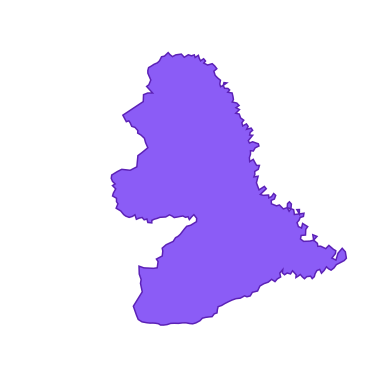 the district of Condor, Rio Grande do Sul, Brazil, rotated 242°
{"feature_id": "56859067B96691975921638", "entity_name": "Condor", "entity_type": "district", "adm_level": 2, "iso_a3": "BRA", "parent_name": "Brazil", "parent_adm1": "Rio Grande do Sul", "projection": "mercator", "projection_center": [-53.503, -28.156], "detail": "fine", "context": "isolated", "style": "filled", "palette": "violet", "viewbox_px": 384, "rotation_deg": 242, "n_neighbors": 0, "source": "geoboundaries", "source_scale": "gbopen_adm2", "svg_char_len": 3913}
<svg xmlns="http://www.w3.org/2000/svg" viewBox="0 0 384 384"><g transform="rotate(242 192 192)"><path d="M60.1,285.4L60.0,294.2L61.0,297.2L67.2,299.3L71.8,298.2L69.4,292.2L64.3,287.1L68.0,284.5L70.3,289.7L72.7,291.4L74.9,290.0L80.6,287.8L79.2,283.5L83.7,280.2L85.0,277.6L87.8,278.6L92.4,276.8L93.3,273.0L96.0,267.4L99.6,265.7L102.4,268.0L100.7,272.0L105.6,274.9L107.1,277.9L112.3,274.9L108.8,271.8L111.5,269.7L115.7,270.4L116.9,273.4L118.7,275.5L118.1,278.9L120.7,280.9L122.2,276.5L124.1,271.8L126.2,272.6L128.7,273.4L130.8,271.5L129.4,268.7L133.5,268.7L134.2,264.7L139.5,263.1L140.1,260.1L144.3,256.6L147.4,258.0L147.1,261.4L149.7,264.3L152.3,263.4L150.6,260.1L150.7,257.1L153.4,258.2L155.6,253.3L157.8,251.2L160.0,259.1L163.0,258.5L162.4,252.2L169.9,253.2L174.9,257.8L176.3,253.8L178.1,255.8L180.7,257.0L180.9,261.1L183.8,264.0L185.2,261.5L188.8,261.4L192.1,261.4L191.7,257.2L195.4,258.8L197.9,261.4L201.0,263.0L199.4,265.4L201.3,268.5L201.2,272.7L203.4,273.2L207.9,269.1L208.3,265.7L210.9,265.8L213.6,272.2L215.2,269.6L217.3,271.3L218.0,274.5L220.7,274.2L221.7,269.7L223.6,272.4L226.6,272.0L226.5,267.8L229.7,268.5L231.1,271.4L234.6,269.7L238.7,270.3L241.0,267.6L242.5,272.6L245.8,270.4L246.3,274.2L249.5,273.3L252.6,269.8L254.2,272.0L257.1,273.0L260.6,273.9L263.3,270.4L264.4,273.1L266.6,272.3L268.3,269.4L271.5,269.6L271.6,266.7L274.3,267.2L277.3,269.6L280.9,268.1L284.1,267.2L288.4,268.0L289.2,271.8L292.7,271.2L295.8,270.1L296.8,265.4L300.3,262.9L301.3,265.4L304.2,264.8L303.8,261.1L306.7,261.2L309.7,261.8L309.3,257.9L312.0,258.4L312.5,255.4L314.9,253.2L314.6,248.4L318.8,247.3L320.7,242.1L320.7,238.3L323.7,237.0L326.3,236.4L324.9,231.5L325.7,228.6L323.1,224.9L322.3,222.1L322.6,218.3L322.3,215.4L322.2,212.1L320.1,210.1L317.6,208.8L310.2,208.2L306.9,204.2L306.5,201.5L297.9,203.7L300.2,199.4L300.7,194.9L294.7,191.4L292.3,167.0L288.6,167.0L284.9,167.0L284.5,169.6L282.2,169.9L278.3,169.6L275.8,172.0L271.7,173.0L269.5,171.7L266.4,173.6L261.8,175.2L257.4,174.2L251.8,173.8L250.2,165.8L249.5,161.3L240.1,155.1L240.2,147.6L245.0,140.6L245.1,135.6L244.7,129.1L242.0,127.1L238.7,126.8L235.2,127.9L235.0,124.8L230.6,126.1L227.9,122.0L225.8,120.0L221.9,122.4L218.9,120.8L216.4,121.1L213.3,117.4L208.7,120.2L204.1,121.1L201.8,122.2L199.1,124.6L198.4,127.9L198.7,130.9L194.0,130.1L193.7,133.3L192.9,136.0L189.9,136.7L189.3,139.5L185.8,138.7L183.6,142.0L185.8,143.2L185.7,145.9L185.0,149.1L184.7,151.8L182.3,157.1L182.4,161.4L180.3,163.0L177.8,164.3L176.9,167.0L175.9,170.3L175.1,172.7L172.7,174.4L172.1,176.9L168.9,176.7L170.3,180.2L171.1,183.0L166.6,183.8L163.7,182.0L163.3,175.2L164.2,171.2L163.0,168.1L160.1,161.7L159.4,158.8L159.4,156.0L157.2,152.2L157.6,144.4L156.4,139.3L153.6,138.5L149.5,135.7L149.5,129.1L146.5,129.4L141.4,125.7L142.7,122.1L147.6,113.9L151.4,110.4L144.3,106.9L138.6,106.0L135.5,103.6L127.2,101.2L118.7,86.6L109.0,85.1L104.7,84.7L100.8,86.9L97.8,90.7L95.9,93.5L94.7,95.9L93.3,98.1L91.5,100.5L89.3,101.8L87.8,104.6L86.6,107.8L86.0,111.5L84.4,114.8L82.4,118.3L80.9,122.2L79.3,125.3L76.8,128.4L75.3,130.7L74.6,134.0L74.6,138.6L75.7,141.9L74.9,145.2L73.7,148.4L72.5,151.2L74.0,154.5L73.5,157.3L76.1,159.1L78.5,161.2L77.9,164.9L78.1,168.7L78.0,173.0L77.8,176.6L77.2,180.7L75.6,184.8L75.6,189.7L73.7,191.3L72.9,194.6L75.1,198.2L73.8,203.4L77.1,207.8L77.3,212.4L76.6,217.0L77.5,221.3L73.9,223.2L75.2,226.5L75.4,230.4L79.2,231.4L80.9,235.7L78.2,233.8L75.5,234.8L75.8,238.0L73.4,240.5L75.2,243.8L70.0,245.1L67.7,243.6L67.9,246.3L68.3,248.9L65.2,249.6L62.6,250.6L63.4,253.6L62.0,257.2L59.1,257.5L59.8,260.2L62.1,262.4L64.0,265.4L63.7,268.4L59.5,268.2L60.7,271.8L62.8,275.6L60.1,276.5L57.7,278.1L58.3,281.7L60.1,285.4ZM130.8,271.5L134.7,274.1L137.6,273.4L136.9,270.9L133.5,268.7L130.8,271.5ZM92.4,276.8L94.1,281.5L97.5,278.6L92.4,276.8ZM122.2,276.5L126.1,278.6L127.2,276.3L122.2,276.5ZM271.5,269.6L272.0,273.9L273.6,271.6L271.5,269.6Z" fill="#8b5cf6" stroke="#5b21b6" stroke-width="1.5"/></g></svg>